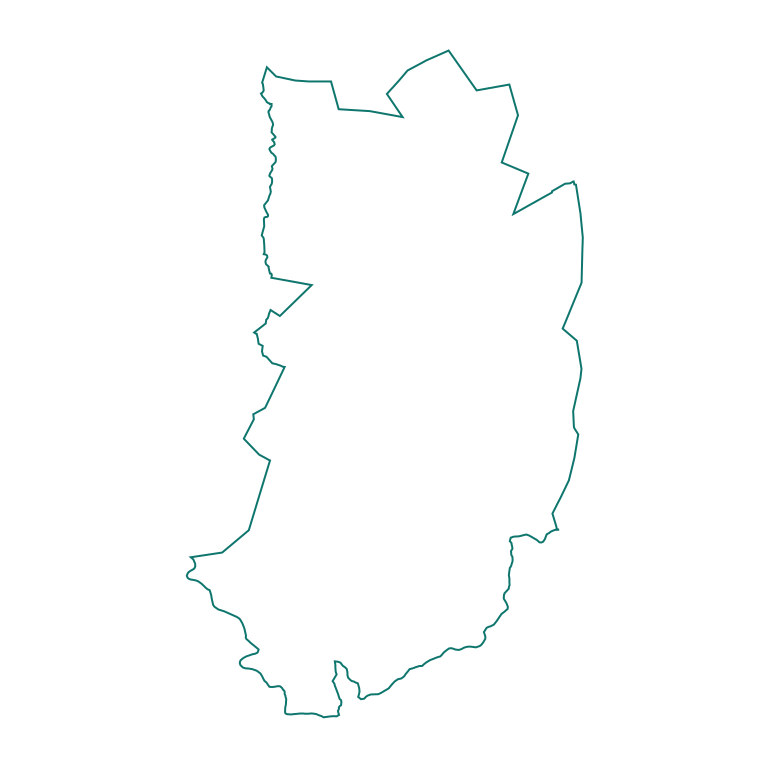 the district of Santiago Ixtayutla, Oaxaca, Mexico, rotated 88°
{"feature_id": "50627088B59377752165188", "entity_name": "Santiago Ixtayutla", "entity_type": "district", "adm_level": 2, "iso_a3": "MEX", "parent_name": "Mexico", "parent_adm1": "Oaxaca", "projection": "mercator", "projection_center": [-97.668, 16.53], "detail": "fine", "context": "isolated", "style": "outline", "palette": "teal", "viewbox_px": 768, "rotation_deg": 88, "n_neighbors": 0, "source": "geoboundaries", "source_scale": "gbopen_adm2", "svg_char_len": 6087}
<svg xmlns="http://www.w3.org/2000/svg" viewBox="0 0 768 768"><g transform="rotate(88 384 384)"><path d="M63.1,332.4L71.5,349.5L81.9,359.0L94.2,371.0L117.9,356.1L110.8,388.6L107.8,419.7L79.8,426.4L79.0,448.9L77.6,462.1L72.9,481.1L63.4,490.0L78.7,495.3L79.9,494.6L80.2,494.6L83.4,494.2L86.6,494.0L88.6,495.4L89.4,496.8L91.7,495.7L92.6,495.2L94.1,493.8L96.5,492.1L98.2,491.2L98.5,490.8L98.8,490.5L99.4,489.1L100.2,488.4L100.0,488.2L99.9,488.1L100.1,487.6L100.2,486.6L102.4,486.7L102.6,486.7L103.5,487.5L105.6,488.4L106.6,489.0L106.7,489.3L106.9,489.4L106.9,489.6L107.4,489.9L108.4,490.0L109.5,489.7L111.0,489.3L112.3,489.1L113.5,488.7L117.5,486.7L118.0,486.4L120.5,485.8L121.4,485.9L124.7,487.2L126.9,487.3L128.5,487.6L133.0,484.0L133.3,483.8L133.9,483.9L134.8,485.2L135.8,487.2L136.6,486.9L138.5,485.3L140.7,484.9L141.7,485.6L143.6,489.3L144.5,490.1L145.1,490.3L146.0,490.1L147.5,489.3L148.9,488.5L150.2,486.8L150.4,486.6L151.5,485.8L151.7,485.7L152.3,485.0L152.7,484.7L153.8,484.3L156.4,484.2L158.5,484.7L159.7,485.9L162.0,488.2L162.6,488.5L164.8,487.9L165.3,488.1L166.2,488.2L166.7,488.6L168.7,489.9L169.0,490.2L171.6,491.3L172.3,491.2L174.3,489.0L175.5,488.7L178.1,488.8L180.0,489.2L183.0,491.1L187.8,490.4L190.3,491.1L191.4,491.8L196.5,493.6L200.9,497.4L201.3,497.6L202.0,497.5L203.4,497.4L207.7,495.6L211.1,493.9L212.4,494.2L212.7,494.5L213.0,495.4L212.9,496.3L213.5,497.7L215.0,498.3L222.2,498.2L231.1,501.0L231.9,500.6L233.4,499.5L234.7,499.1L241.4,498.8L248.1,498.8L250.1,499.6L250.5,497.7L251.4,496.5L251.9,496.3L252.5,496.2L253.5,496.2L254.7,497.0L255.7,497.7L257.7,498.2L258.7,498.1L260.0,497.7L260.6,497.3L262.2,495.6L262.8,495.1L263.7,495.3L269.2,494.2L269.7,494.0L269.8,492.8L271.2,492.3L273.9,492.9L282.6,452.8L312.4,485.7L306.1,494.8L309.7,496.4L312.5,497.2L314.3,498.0L315.6,499.4L319.4,500.1L324.3,506.8L328.0,512.0L329.0,510.8L329.3,509.5L334.0,508.5L339.4,507.9L341.7,503.9L347.1,504.8L351.4,503.8L352.7,500.5L359.4,494.9L360.3,491.4L362.1,486.6L363.2,484.6L363.5,482.7L384.1,493.4L401.1,502.3L403.7,503.7L409.7,515.7L414.7,515.3L433.7,526.0L433.8,526.0L450.2,511.3L456.5,500.6L485.0,510.4L525.4,524.2L546.8,551.6L550.4,583.1L552.6,580.7L554.1,580.1L557.0,579.0L559.8,579.0L561.9,580.1L563.1,582.2L564.1,584.2L565.3,585.9L566.6,586.9L568.9,587.8L571.0,586.9L571.7,586.0L572.6,584.3L573.0,582.0L573.5,579.8L574.1,577.9L575.1,576.0L577.6,572.9L581.4,569.3L583.0,567.5L583.9,565.5L585.8,564.9L588.8,564.1L592.8,563.6L598.6,562.5L600.5,561.4L602.0,559.5L603.6,557.3L605.6,551.6L609.8,543.0L611.6,539.3L613.3,536.9L614.2,536.1L616.0,535.1L618.0,534.0L620.2,533.2L623.3,532.1L627.6,531.3L630.5,530.7L632.6,531.0L634.1,530.4L635.2,529.2L636.3,528.0L638.5,525.9L640.5,523.5L642.1,521.7L643.5,520.1L644.9,518.6L646.7,519.1L648.1,519.9L649.1,522.3L649.5,524.9L650.4,527.7L651.0,529.8L651.6,531.5L652.7,533.7L654.0,535.6L655.2,537.0L656.7,537.7L658.3,537.8L660.1,537.2L661.2,536.1L662.4,534.9L663.3,532.5L663.7,528.9L664.4,525.5L666.1,521.2L668.9,517.7L671.6,516.1L674.8,514.7L676.8,513.6L678.2,511.9L680.6,510.4L682.6,509.1L682.8,507.6L683.0,505.9L682.8,505.1L682.8,503.9L682.4,501.8L682.3,499.8L682.5,498.4L684.0,496.7L686.3,495.3L687.1,494.4L688.5,494.0L690.4,494.1L692.0,493.4L693.5,493.3L694.6,492.9L696.2,492.7L697.8,493.0L699.6,493.1L701.7,493.4L703.4,493.9L705.3,494.1L707.6,494.3L709.3,494.2L710.0,493.6L710.5,492.7L710.7,491.6L711.0,487.9L710.8,486.2L710.7,484.3L710.6,482.3L710.4,479.9L710.5,477.5L710.5,476.1L710.8,474.3L710.8,472.8L710.9,471.2L710.7,468.0L711.0,465.8L711.3,464.3L711.6,463.0L712.6,461.0L713.3,459.2L713.7,458.0L715.0,456.1L714.3,449.2L714.2,445.9L714.5,443.0L713.2,440.5L710.8,441.1L709.1,441.4L707.2,440.4L705.6,440.4L704.4,439.4L703.5,438.1L700.5,437.7L698.6,437.9L697.2,439.3L694.7,440.1L692.3,440.7L688.8,441.9L686.7,442.6L683.9,443.6L681.9,444.0L679.1,445.7L672.6,441.5L669.9,442.3L665.5,442.5L663.2,442.4L659.5,442.8L659.9,440.0L660.9,437.3L664.3,434.9L665.6,433.0L667.5,431.2L670.9,430.6L673.6,430.7L676.2,430.1L678.5,428.1L679.7,426.6L680.3,424.5L681.3,422.9L682.2,420.6L684.7,420.0L687.1,419.4L690.5,419.2L693.5,419.9L695.8,420.7L698.2,418.0L697.8,414.8L697.5,414.5L695.9,412.9L694.8,411.1L693.8,408.0L693.8,404.3L693.8,400.5L692.5,397.5L690.5,393.9L688.4,390.0L684.9,386.9L681.7,383.8L679.6,380.5L678.9,377.0L677.0,374.2L674.8,372.6L672.2,370.3L669.9,368.4L669.1,365.0L668.1,362.1L667.1,358.5L667.1,355.7L665.5,353.9L663.7,351.4L661.6,347.7L660.1,343.4L659.0,340.4L658.2,337.2L656.3,335.3L654.2,333.4L652.0,330.4L650.5,328.1L650.4,325.7L651.0,324.0L651.9,321.7L652.4,318.6L651.6,315.7L650.4,313.5L649.6,310.7L649.4,307.9L649.7,305.3L650.4,301.4L649.2,297.4L648.1,295.9L645.8,293.9L642.4,291.8L642.8,291.7L640.0,291.5L635.4,292.8L631.2,289.9L630.4,288.0L629.9,286.1L628.4,282.7L624.9,279.7L620.9,276.8L617.9,274.6L615.8,271.6L613.1,268.3L611.0,268.0L607.4,269.2L602.7,271.8L599.2,271.5L597.3,270.8L595.1,268.6L592.8,266.4L591.3,266.3L589.3,265.5L587.1,265.6L584.2,265.5L582.2,265.5L579.6,265.9L576.3,265.4L572.3,264.7L570.5,263.4L568.1,262.6L566.0,261.8L564.0,261.6L561.2,261.7L559.4,262.7L555.4,262.9L553.2,261.4L550.8,261.6L549.1,262.0L547.3,262.2L545.4,263.8L542.0,262.7L541.1,259.7L540.9,254.2L539.9,249.6L539.4,247.1L540.5,244.2L543.0,240.2L545.2,236.7L547.6,234.2L547.9,232.3L547.2,230.5L544.6,228.6L542.4,227.7L539.9,226.6L538.7,224.2L537.3,222.3L536.2,219.6L535.7,217.5L535.8,214.7L535.7,214.2L535.6,214.9L535.2,215.4L534.8,216.6L533.0,216.6L519.4,220.2L514.5,217.5L510.1,215.1L504.3,211.8L486.8,202.6L464.5,196.3L441.2,191.6L435.4,195.0L434.5,195.4L433.6,195.7L417.7,195.9L385.2,187.5L375.7,186.1L347.5,189.8L334.9,203.5L324.0,198.5L317.5,195.6L317.1,195.4L298.0,186.8L291.0,183.6L289.5,183.0L255.9,181.0L249.3,180.5L246.9,180.4L244.9,180.2L222.3,181.6L221.2,181.6L191.5,185.2L191.2,186.8L190.4,186.9L189.8,187.0L189.3,187.2L188.2,187.4L188.3,188.0L189.9,190.9L190.2,196.1L197.2,209.3L197.4,209.3L198.5,209.5L199.3,211.0L201.6,215.6L218.1,247.6L218.7,248.8L196.7,239.8L178.8,232.4L166.7,258.6L149.3,251.9L120.1,240.7L89.1,248.3L93.8,281.2L53.0,307.8L62.2,330.7L63.1,332.4Z" fill="none" stroke="#0f766e" stroke-width="2"/></g></svg>